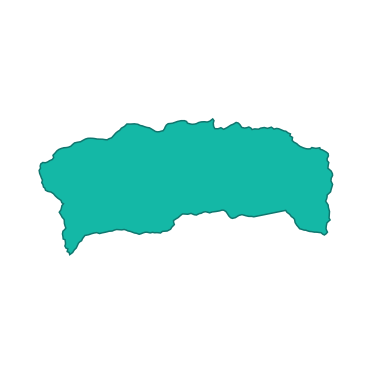 the district of Presidente Venceslau, São Paulo, Brazil, rotated 242°
{"feature_id": "56859067B64322742628488", "entity_name": "Presidente Venceslau", "entity_type": "district", "adm_level": 2, "iso_a3": "BRA", "parent_name": "Brazil", "parent_adm1": "São Paulo", "projection": "orthographic", "projection_center": [-51.844, -21.792], "detail": "fine", "context": "isolated", "style": "filled", "palette": "teal", "viewbox_px": 384, "rotation_deg": 242, "n_neighbors": 0, "source": "geoboundaries", "source_scale": "gbopen_adm2", "svg_char_len": 3850}
<svg xmlns="http://www.w3.org/2000/svg" viewBox="0 0 384 384"><g transform="rotate(242 192 192)"><path d="M96.7,293.1L98.8,294.5L101.3,296.5L102.0,298.6L102.5,300.8L104.7,300.8L107.4,302.5L110.3,304.3L114.1,305.1L116.6,306.1L118.9,305.9L121.2,305.7L122.7,307.6L124.2,308.9L125.9,309.9L126.4,311.8L127.1,314.4L129.2,316.3L131.1,318.2L132.7,319.7L134.9,319.8L136.6,319.9L138.9,321.5L140.6,323.9L142.3,324.6L145.2,324.7L147.3,323.9L149.1,323.1L151.5,324.7L153.8,326.6L156.2,326.1L158.0,326.9L159.8,329.4L162.0,330.2L164.2,329.3L166.3,328.0L168.2,326.7L169.4,325.3L171.1,325.6L171.7,323.7L172.4,321.8L173.5,320.4L175.0,318.7L174.6,316.7L175.6,314.6L176.9,312.8L179.0,310.8L181.7,308.7L183.6,307.8L185.5,307.2L188.0,305.5L190.5,304.6L193.0,306.4L195.7,304.8L197.1,306.2L199.0,304.6L201.6,303.4L202.8,301.8L204.4,300.5L207.1,298.3L208.4,296.6L209.1,293.9L212.0,292.5L212.7,288.6L215.0,286.1L216.2,282.5L216.2,280.3L218.3,277.0L219.0,274.3L220.8,274.0L222.7,272.7L223.1,270.3L223.8,268.4L225.7,266.2L229.1,265.9L231.2,265.2L232.7,263.6L232.5,260.3L232.8,257.7L232.4,253.1L232.5,249.4L235.2,247.7L235.6,244.7L237.2,241.9L239.8,241.9L242.8,243.1L244.7,244.9L246.8,244.6L246.2,240.9L246.6,238.3L248.2,236.0L249.6,233.0L250.2,230.5L250.3,227.8L250.8,226.0L251.7,223.9L253.0,222.3L255.0,220.3L256.8,220.3L258.5,218.9L260.1,215.8L261.1,212.3L261.5,209.5L261.9,207.0L262.7,205.0L263.5,203.0L263.2,200.9L262.1,199.0L260.7,197.3L259.7,195.3L260.2,193.3L260.6,191.4L261.4,189.6L262.7,188.1L265.5,186.5L268.6,184.6L270.3,182.4L272.0,180.7L273.6,179.3L275.2,177.4L277.2,176.0L279.2,173.2L281.0,169.3L282.6,166.5L281.6,163.2L281.5,159.6L280.4,157.1L280.3,154.7L279.8,152.3L278.8,149.7L277.6,146.5L278.0,143.6L277.9,141.6L279.0,139.9L280.6,137.8L281.9,135.5L283.3,133.1L284.7,131.4L285.9,129.7L287.3,127.3L288.3,125.2L288.8,122.8L288.8,119.7L288.7,117.2L289.8,113.9L290.5,111.3L290.0,108.9L289.3,106.5L289.6,103.8L290.3,101.7L291.2,99.7L291.8,97.1L292.1,94.5L291.8,92.2L290.6,89.2L289.7,86.5L287.3,86.0L286.3,84.0L286.5,81.1L286.3,78.4L286.7,76.2L288.1,74.1L287.8,71.7L286.2,70.1L284.1,69.4L282.9,67.2L279.9,66.2L276.8,65.9L275.0,65.6L272.8,65.6L270.7,63.7L268.7,63.9L266.1,63.2L264.5,63.9L262.4,63.5L260.3,64.9L258.1,67.5L255.5,68.9L252.6,69.5L249.8,70.5L248.0,71.4L246.1,72.4L243.7,72.0L241.9,73.0L241.1,70.8L239.2,69.2L237.7,67.8L236.5,65.3L233.1,65.5L230.7,65.5L227.7,66.2L225.7,65.3L224.0,64.5L221.6,64.0L219.4,63.7L218.6,62.0L218.0,59.7L215.8,57.9L213.1,57.1L211.0,56.2L209.5,57.5L207.2,56.7L205.3,55.8L204.0,54.4L201.6,54.4L200.1,55.7L198.0,53.8L196.3,55.1L194.1,54.6L194.6,58.2L196.1,60.8L196.9,63.5L198.1,65.1L200.1,67.7L200.7,69.5L200.8,71.6L202.2,73.4L203.1,75.3L203.9,77.0L202.8,80.7L202.3,83.9L201.8,86.1L200.9,88.8L198.7,90.9L198.2,93.2L197.4,95.8L196.8,98.0L196.3,100.3L195.0,103.2L194.8,105.7L194.3,107.8L192.6,110.5L191.5,112.3L190.8,114.5L189.3,116.0L187.8,117.1L186.1,119.1L182.8,122.0L181.6,123.6L179.5,125.5L179.1,127.3L178.9,129.4L178.5,131.6L177.7,133.3L175.5,135.9L174.9,138.3L173.6,139.8L172.6,142.0L170.6,145.0L171.1,147.4L169.2,151.8L169.2,155.6L170.4,157.6L171.5,161.1L173.8,161.5L175.5,162.3L175.8,165.5L175.9,167.8L176.6,170.5L177.1,173.3L175.8,175.5L174.3,177.9L173.6,181.1L170.9,183.3L169.6,185.1L169.5,188.3L168.9,190.1L168.9,192.5L168.3,194.6L167.1,196.0L165.3,197.8L164.9,200.5L163.5,204.1L162.4,207.5L161.9,210.0L160.9,211.6L158.7,212.8L156.3,213.1L153.5,213.3L151.2,214.0L149.8,215.2L149.0,218.2L149.3,222.3L148.6,225.5L145.6,228.6L143.8,230.7L142.5,233.2L141.1,234.9L131.8,266.1L129.6,266.3L126.4,267.8L123.7,268.2L121.8,269.2L119.8,269.7L116.5,268.7L113.6,268.9L111.4,269.4L109.0,269.8L107.3,271.6L105.8,273.0L104.8,274.6L103.4,275.8L101.9,277.4L100.8,279.1L99.2,281.1L97.9,283.4L96.5,285.3L95.4,286.9L93.5,287.6L91.9,288.7L92.2,291.0L93.0,292.8L94.8,292.8L96.7,293.1Z" fill="#14b8a6" stroke="#0f766e" stroke-width="1.5"/></g></svg>